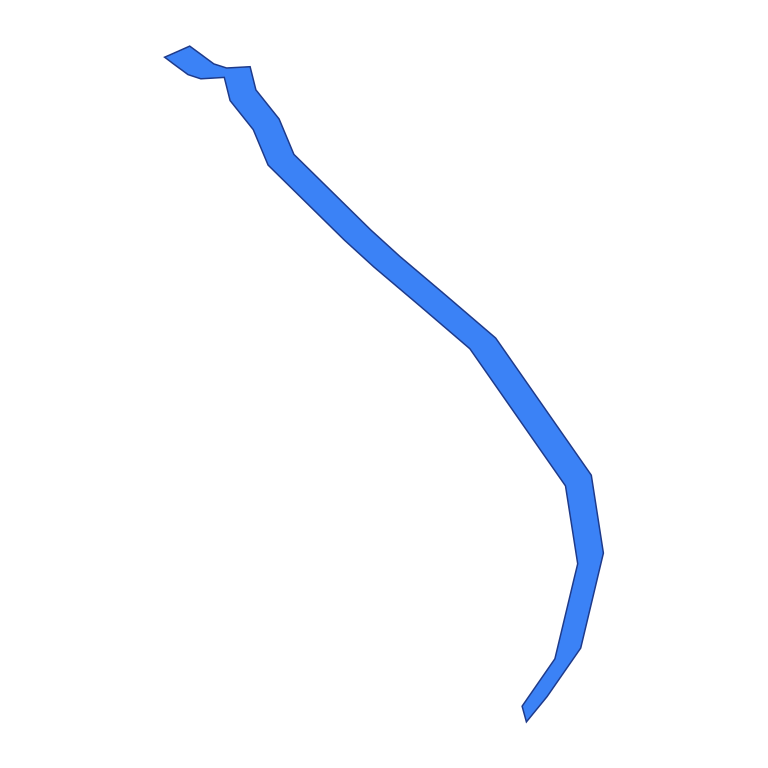 Port Suez Police Department, Egypt (Natural Earth projection)
{"feature_id": "37247803B57319556498410", "entity_name": "Port Suez Police Department", "entity_type": "district", "adm_level": 2, "iso_a3": "EGY", "parent_name": "Egypt", "parent_adm1": "", "projection": "natural_earth1", "projection_center": [32.595, 29.881], "detail": "fine", "context": "isolated", "style": "filled", "palette": "blue", "viewbox_px": 768, "rotation_deg": 0, "n_neighbors": 0, "source": "geoboundaries", "source_scale": "gbopen_adm2", "svg_char_len": 599}
<svg xmlns="http://www.w3.org/2000/svg" viewBox="0 0 768 768"><path d="M189.7,46.1L188.4,46.7L165.3,56.9L164.6,57.2L173.2,63.7L188.0,74.6L200.8,78.8L224.3,77.4L230.1,100.6L253.3,129.7L268.1,165.1L344.6,240.3L364.7,258.6L373.9,267.0L418.9,305.1L469.9,348.8L522.2,423.8L565.5,485.9L577.7,563.8L573.6,580.7L570.1,595.4L554.9,658.8L522.1,706.2L526.4,721.9L547.0,696.7L580.7,648.1L603.4,553.1L591.3,475.2L548.0,413.1L495.7,338.1L444.7,294.4L399.7,256.3L370.4,229.6L293.9,154.4L279.1,119.0L255.9,89.9L250.1,66.7L226.6,68.0L213.8,63.9L189.7,46.1Z" fill="#3b82f6" stroke="#1e3a8a" stroke-width="1.5"/></svg>